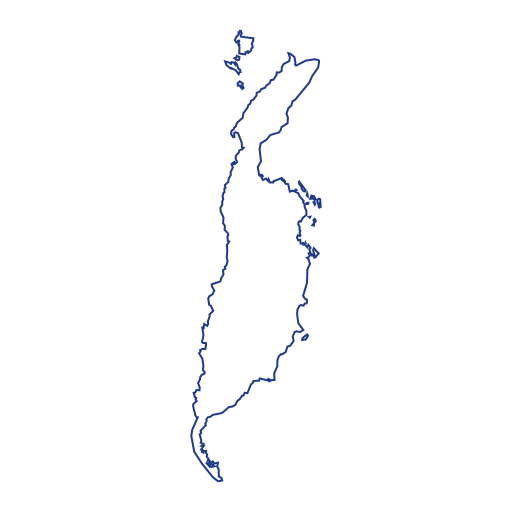 Halmahera Utara, Maluku Utara, Indonesia (Robinson projection)
{"feature_id": "22746128B41252486574655", "entity_name": "Halmahera Utara", "entity_type": "district", "adm_level": 2, "iso_a3": "IDN", "parent_name": "Indonesia", "parent_adm1": "Maluku Utara", "projection": "robinson", "projection_center": [127.874, 1.56], "detail": "fine", "context": "isolated", "style": "outline", "palette": "blue", "viewbox_px": 512, "rotation_deg": 0, "n_neighbors": 0, "source": "geoboundaries", "source_scale": "gbopen_adm2", "svg_char_len": 6033}
<svg xmlns="http://www.w3.org/2000/svg" viewBox="0 0 512 512"><path d="M222.2,480.4L221.5,478.0L218.8,476.5L218.7,469.4L217.2,466.6L218.0,462.7L214.5,463.5L212.7,461.4L211.4,462.3L210.7,464.2L213.3,464.5L213.0,465.6L214.4,466.3L211.3,467.0L209.3,464.9L209.2,466.1L206.9,463.6L209.6,462.8L210.1,461.6L209.3,460.3L207.7,461.0L208.5,459.0L206.7,456.5L207.2,454.6L205.7,452.6L206.1,451.0L203.5,451.1L203.3,452.6L201.9,451.8L202.5,449.9L201.1,449.6L203.8,445.7L201.6,445.8L203.4,443.9L200.7,442.7L201.3,440.3L199.7,434.3L201.2,433.0L200.6,430.7L205.8,425.2L205.3,423.5L206.6,421.1L206.5,419.1L207.8,417.4L210.8,416.5L212.6,414.9L222.1,413.0L229.0,407.0L232.2,406.6L235.4,404.9L237.3,400.9L239.6,399.3L242.3,395.5L243.5,395.5L244.7,392.7L247.4,393.2L250.8,384.7L253.1,382.5L253.4,381.0L259.1,380.6L259.8,378.4L266.6,380.2L268.3,379.0L270.5,380.1L274.5,380.0L274.2,373.3L277.3,366.4L277.4,360.2L278.8,356.4L280.8,354.2L282.1,354.4L285.7,352.0L287.5,346.5L290.2,345.7L293.1,341.7L293.6,340.4L292.7,336.6L294.6,332.2L296.4,331.3L300.3,332.0L303.3,330.0L298.4,323.3L297.1,314.4L297.4,309.7L299.2,306.2L300.8,305.0L303.5,305.7L304.6,303.7L306.4,303.4L307.0,302.3L306.7,299.4L305.0,298.8L303.1,295.9L307.0,282.8L307.4,269.4L310.0,263.9L308.6,259.4L307.0,257.8L308.8,257.1L309.8,255.3L308.6,253.3L310.4,252.7L309.3,249.2L310.6,247.9L308.3,244.8L307.3,247.3L305.2,244.8L303.1,244.6L303.0,243.1L300.6,243.5L300.2,239.8L298.2,240.4L297.0,237.4L297.8,235.2L299.7,236.1L300.4,235.5L299.6,232.5L300.4,230.7L299.5,230.0L299.6,226.8L298.1,224.1L298.7,222.0L299.6,221.1L300.8,221.6L302.8,217.8L306.4,215.0L306.4,211.0L304.6,206.9L304.7,204.8L303.0,202.0L303.7,200.9L299.8,196.6L298.3,193.2L292.7,190.6L289.8,191.6L288.2,184.1L285.7,183.8L283.9,181.3L285.3,182.6L284.8,181.1L284.0,180.0L283.1,180.6L282.5,178.9L281.7,179.5L281.4,178.1L273.5,181.3L273.1,182.5L269.7,182.4L268.6,179.2L267.9,180.8L266.1,178.6L263.0,180.0L261.5,177.4L262.8,176.1L262.0,174.9L261.0,174.7L260.3,175.8L259.2,175.4L257.8,167.0L261.0,161.3L259.6,149.1L260.7,143.3L266.2,140.0L270.4,135.0L278.9,132.5L280.7,130.1L281.5,127.1L287.6,123.2L287.9,117.5L286.5,113.6L288.3,108.3L291.3,105.5L292.5,101.3L295.2,99.7L309.2,82.7L312.2,76.1L318.1,67.6L319.1,61.9L318.8,60.4L317.3,59.8L314.2,59.3L305.6,60.7L296.1,65.6L295.1,64.5L295.4,62.3L294.4,57.0L290.4,53.8L288.4,53.2L289.9,57.6L289.2,61.1L283.5,64.1L281.8,67.2L281.6,71.0L279.1,72.6L276.7,72.4L276.4,75.1L273.4,79.7L270.9,80.1L269.6,83.3L266.3,85.5L265.1,87.7L261.1,89.2L260.1,91.3L256.7,92.8L256.5,95.5L253.3,99.7L251.1,100.7L250.3,103.5L248.3,105.1L247.5,107.7L243.4,113.2L242.7,117.8L236.9,122.9L235.7,126.6L234.3,127.4L233.5,129.6L231.7,130.5L231.4,131.7L231.1,134.2L233.2,137.2L234.3,137.1L234.1,133.2L235.3,132.3L238.0,133.1L241.7,142.7L242.0,147.2L243.7,147.8L242.5,149.2L239.4,150.3L238.9,152.4L235.8,155.8L235.7,159.0L237.1,161.9L235.2,163.7L234.2,161.9L232.5,163.1L233.2,164.2L231.6,164.3L232.8,167.6L230.6,172.4L230.8,175.0L228.7,178.5L228.3,181.9L224.8,185.1L225.5,187.9L224.4,188.5L224.4,192.4L223.5,192.9L222.5,196.5L223.3,198.8L222.2,201.6L222.3,204.8L220.5,207.7L220.6,211.3L223.5,217.5L223.1,223.3L224.9,225.8L224.6,229.8L227.9,233.3L228.4,235.1L227.4,236.3L227.8,240.9L229.2,241.5L226.9,245.0L227.3,250.9L226.7,257.4L227.6,261.2L226.4,265.4L224.8,266.8L225.3,268.8L223.0,270.1L223.5,274.3L221.2,278.2L220.4,281.4L211.7,284.3L211.9,286.2L214.3,290.6L212.3,294.5L209.2,296.3L208.2,298.6L209.2,304.8L210.9,305.8L213.2,310.8L209.5,314.5L209.7,316.3L207.8,321.6L208.2,323.8L207.2,325.9L204.2,324.0L203.6,328.2L202.3,327.7L203.5,335.5L202.0,342.0L203.1,343.0L206.0,343.1L206.0,344.7L205.4,349.0L202.6,348.8L200.1,350.1L200.5,351.5L199.1,353.3L202.4,358.8L203.4,366.1L202.9,370.1L204.5,371.8L204.6,373.5L201.8,374.9L200.3,376.9L199.9,379.5L198.1,383.0L199.7,387.5L199.5,390.3L196.5,390.0L195.3,392.5L193.7,392.8L194.9,397.2L196.2,397.9L195.6,399.4L196.6,401.0L193.3,404.1L193.2,406.6L195.3,415.3L196.7,417.4L197.7,417.4L192.2,429.9L191.3,435.9L194.2,451.6L201.5,463.0L213.1,477.5L218.2,481.3L222.2,480.4ZM240.8,30.8L240.0,30.7L239.2,32.9L238.6,32.6L238.6,34.3L235.7,37.9L235.0,40.3L236.6,42.5L237.3,42.6L238.0,40.8L239.0,40.6L239.3,41.4L238.4,42.8L239.4,44.9L238.5,45.1L239.5,47.2L239.2,53.5L245.3,54.4L245.6,52.2L247.8,52.6L247.5,50.4L248.6,52.7L251.2,50.5L251.3,48.6L252.8,47.2L251.8,43.4L253.1,41.2L253.4,38.3L241.2,36.7L240.6,35.8L241.7,33.3L240.8,30.8ZM230.6,63.0L225.1,61.4L226.5,65.2L231.0,68.6L231.3,68.0L235.8,70.3L238.7,74.2L239.4,72.3L240.6,72.0L240.0,69.6L238.4,68.8L237.0,64.4L235.6,62.6L235.2,64.6L234.1,62.7L231.7,62.1L230.8,64.6L230.6,63.0ZM318.7,253.5L313.8,248.2L313.1,250.3L314.8,256.4L315.9,256.5L318.7,253.5ZM305.7,190.3L298.7,180.9L299.4,184.4L301.4,186.6L301.7,188.8L303.4,191.1L305.5,191.5L305.7,190.3ZM239.7,81.4L237.6,83.3L237.8,85.6L239.8,85.6L241.3,88.4L241.0,86.5L242.0,87.5L242.0,86.9L242.4,88.9L243.6,87.9L242.2,84.8L242.8,83.5L239.7,81.4ZM320.7,206.9L320.2,199.4L319.5,198.6L317.7,199.5L317.2,201.6L318.1,204.0L318.6,203.6L318.6,206.8L319.3,207.7L320.7,206.9ZM307.0,334.4L302.6,338.0L302.2,340.0L305.8,339.4L308.1,335.7L307.0,334.4ZM239.5,57.1L236.9,55.9L236.8,56.9L234.4,58.3L237.5,60.2L239.1,59.8L239.5,57.1ZM311.3,195.6L310.2,198.8L312.0,198.7L310.9,198.1L311.6,197.2L314.4,199.8L315.7,199.4L313.9,196.1L311.3,195.6ZM314.5,218.9L313.4,220.4L314.5,221.4L314.3,222.7L315.7,221.5L315.3,219.4L314.5,218.9ZM308.4,202.9L305.7,202.9L306.8,203.2L306.3,204.0L308.1,203.9L308.4,202.9ZM314.1,223.7L313.7,222.3L313.8,223.7L312.3,225.2L313.9,225.6L314.1,223.7ZM314.4,201.5L313.5,202.1L314.9,204.8L315.2,204.3L314.4,201.5ZM307.7,196.4L307.6,194.5L307.3,193.5L306.6,195.4L307.7,196.4ZM313.2,255.7L312.0,254.2L311.5,254.1L311.6,255.5L313.2,255.7ZM268.3,380.7L268.3,379.2L267.2,379.8L268.3,380.7ZM310.3,216.7L309.0,216.9L309.8,217.7L310.3,216.7ZM269.3,379.9L269.7,381.1L270.6,380.7L270.5,380.1L269.3,379.9ZM305.2,243.4L306.1,244.1L305.4,242.7L305.2,243.4ZM314.5,257.7L315.2,257.3L313.7,256.4L314.5,257.7ZM295.9,189.5L295.1,190.4L296.4,190.0L295.9,189.5Z" fill="none" stroke="#1e3a8a" stroke-width="2"/></svg>